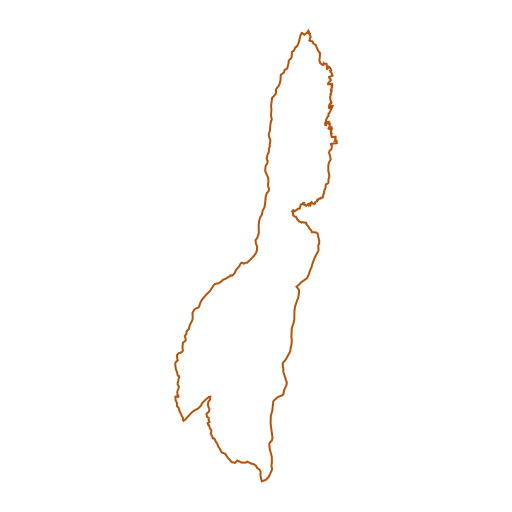 Los Patios, Norte de Santander, Colombia
{"feature_id": "7082276B52790830611795", "entity_name": "Los Patios", "entity_type": "district", "adm_level": 2, "iso_a3": "COL", "parent_name": "Colombia", "parent_adm1": "Norte de Santander", "projection": "equal_earth", "projection_center": [-72.512, 7.753], "detail": "fine", "context": "isolated", "style": "outline", "palette": "amber", "viewbox_px": 512, "rotation_deg": 0, "n_neighbors": 0, "source": "geoboundaries", "source_scale": "gbopen_adm2", "svg_char_len": 6016}
<svg xmlns="http://www.w3.org/2000/svg" viewBox="0 0 512 512"><path d="M261.8,481.3L265.6,480.0L268.6,477.1L271.9,470.0L272.0,468.0L271.5,466.5L271.5,464.8L271.9,462.7L271.8,456.9L269.6,448.3L269.3,444.0L269.7,443.0L271.9,440.4L272.5,437.8L270.6,423.6L270.8,415.9L272.3,410.7L273.2,402.1L273.7,400.7L277.5,397.3L283.0,394.9L283.5,393.6L284.2,389.9L286.6,384.7L286.8,382.6L283.3,371.7L283.3,368.2L282.6,363.9L283.2,362.4L285.0,360.6L286.4,358.4L290.3,351.2L290.6,348.2L291.5,344.5L291.8,340.5L291.4,337.3L291.7,329.0L294.3,320.1L294.4,311.3L295.0,306.7L297.1,300.4L298.2,298.0L299.0,292.3L298.9,289.7L296.5,286.7L298.7,284.9L301.3,282.2L307.0,278.2L308.8,274.4L310.2,270.1L311.8,266.6L312.3,264.2L313.9,259.8L315.8,255.4L318.1,251.4L318.5,250.0L318.3,245.1L319.2,243.7L319.2,240.6L318.1,236.4L318.1,234.9L317.3,233.2L316.1,232.4L311.9,232.2L311.5,230.7L309.0,228.1L308.6,226.7L306.5,224.5L306.3,223.1L305.8,222.5L304.0,222.6L302.4,222.1L301.5,222.6L300.5,221.8L298.9,221.5L298.2,220.2L297.6,220.0L296.0,216.9L294.5,216.4L293.3,215.5L293.2,214.5L292.9,214.1L292.8,211.9L292.1,211.3L293.2,210.1L293.7,210.4L294.1,211.3L294.7,211.3L298.1,208.7L299.7,208.7L300.7,204.5L302.5,204.3L302.7,203.5L303.4,202.8L304.3,203.0L304.1,204.6L305.5,205.1L306.2,205.8L306.8,205.2L307.8,204.9L308.4,203.8L308.8,204.0L309.1,205.2L310.0,203.7L310.5,204.8L311.5,202.2L313.4,203.9L314.3,204.0L315.0,203.4L315.4,202.0L317.2,201.2L317.3,199.7L318.2,199.8L318.7,198.9L319.8,198.8L320.4,197.9L321.0,198.3L321.7,197.7L322.8,197.4L323.0,195.8L323.5,194.7L323.5,193.7L324.2,192.8L324.0,191.7L324.4,191.1L324.4,190.2L325.6,187.8L325.7,184.7L326.0,184.3L328.0,183.4L328.4,182.6L328.5,179.4L329.3,176.3L329.0,173.7L328.3,171.2L328.4,164.8L328.8,162.9L330.7,159.5L330.0,155.6L329.0,152.8L329.6,150.7L331.3,149.4L331.8,147.3L331.6,144.8L331.0,144.7L330.9,143.9L336.8,143.2L336.6,140.8L334.9,141.0L335.3,140.4L335.2,138.8L335.6,138.7L335.5,136.7L332.1,137.2L332.0,136.6L331.5,136.4L331.2,134.8L331.7,133.4L331.3,132.4L330.9,132.7L330.7,131.3L331.1,130.2L331.6,129.9L331.5,129.4L331.9,129.1L331.6,127.5L330.3,128.8L329.3,129.1L328.5,128.4L329.9,126.0L329.6,125.6L329.9,124.4L329.2,124.3L329.0,123.9L328.9,123.5L329.5,123.6L329.5,122.9L328.8,122.9L328.8,121.8L327.4,122.0L326.1,125.2L325.2,124.9L325.0,124.0L326.0,121.0L326.2,119.5L327.9,116.3L328.6,115.9L328.5,113.6L329.5,112.8L332.7,105.9L331.3,105.6L329.5,108.2L328.9,107.9L329.3,106.5L328.9,106.1L330.0,103.6L331.2,103.2L331.5,102.4L330.9,102.0L330.9,101.3L330.3,99.6L330.4,98.1L330.0,97.1L331.0,94.2L330.5,93.9L331.2,92.7L331.3,91.2L331.5,91.2L331.6,90.9L331.0,90.8L331.0,89.5L331.4,89.3L331.6,87.8L332.0,87.6L332.2,85.7L331.7,85.7L332.1,84.4L331.7,84.4L331.7,83.8L329.1,84.3L328.8,84.0L328.1,84.2L328.0,83.7L328.3,83.0L331.0,80.1L330.5,79.1L329.3,78.0L329.0,77.0L332.5,75.7L332.5,75.1L331.9,74.4L331.8,73.3L330.5,71.9L330.9,71.0L330.3,70.6L331.1,70.0L330.1,67.8L328.6,66.7L327.8,68.3L326.7,69.6L327.4,67.0L327.1,66.9L326.5,63.8L324.2,63.7L323.7,63.2L323.5,64.9L322.3,64.7L320.4,63.3L319.4,60.7L319.9,56.1L319.8,54.7L320.0,54.1L320.1,53.1L319.6,52.9L318.6,51.4L316.4,47.0L316.2,45.5L313.5,43.5L312.9,42.8L312.8,41.7L312.3,41.3L309.9,40.9L309.3,40.4L309.9,39.3L309.8,38.2L310.7,37.1L309.7,34.3L309.9,33.6L308.8,33.2L309.0,32.2L308.4,30.7L307.1,32.6L304.3,34.8L302.8,33.4L301.7,32.9L300.5,35.3L298.8,42.3L297.5,45.3L296.6,46.8L295.4,47.2L293.9,50.7L291.9,52.0L291.7,56.9L291.0,58.3L288.7,60.7L288.6,63.0L287.3,68.1L286.5,69.0L284.7,69.8L283.9,72.6L280.8,74.8L280.5,80.3L279.3,84.8L278.5,86.2L276.3,88.7L276.0,90.2L276.1,92.3L275.6,94.1L272.1,97.9L271.1,105.6L271.4,110.1L271.0,115.3L271.8,119.8L271.0,121.1L270.2,126.0L270.0,130.3L268.9,133.7L268.8,135.2L269.2,137.2L270.3,139.6L270.3,141.7L269.6,144.4L269.9,145.9L269.0,148.7L268.9,151.4L268.6,152.7L267.6,154.5L266.7,158.2L266.9,159.8L267.7,160.9L267.6,162.1L267.0,164.0L266.2,164.9L265.5,166.4L265.2,171.1L268.3,178.2L268.4,181.5L268.0,185.1L268.3,186.8L269.1,188.7L269.1,189.7L268.4,191.3L267.0,193.0L266.2,194.9L265.7,196.7L265.3,201.6L264.5,207.3L262.6,210.7L262.0,214.5L260.3,217.1L259.1,221.1L258.7,225.0L258.8,232.5L258.6,234.1L257.2,238.0L255.5,240.2L256.0,243.8L257.2,246.6L256.9,250.3L256.1,252.8L253.9,256.0L247.2,262.7L246.2,262.6L243.7,263.7L242.7,262.8L241.3,262.8L240.2,264.3L239.5,266.0L236.1,269.8L234.6,273.2L233.0,274.9L232.3,275.3L232.2,274.9L232.1,275.5L230.8,275.4L230.9,275.7L224.9,279.1L223.1,279.7L221.1,281.6L219.1,283.0L214.9,284.1L214.0,284.8L209.6,291.5L206.4,294.4L201.9,299.9L200.7,301.9L198.9,306.9L198.1,307.7L195.2,308.8L194.4,309.5L192.5,312.8L192.7,317.9L192.3,320.3L189.8,325.1L188.9,328.8L186.7,331.2L186.3,334.2L184.7,336.0L185.6,338.4L185.7,339.8L185.3,341.0L183.4,342.2L182.9,342.9L182.5,347.6L182.8,349.8L182.7,351.1L181.7,352.2L178.6,353.3L177.0,355.1L176.8,355.7L177.3,357.5L177.2,358.7L177.8,360.3L175.9,362.0L175.3,363.3L175.2,364.5L175.9,369.2L177.2,372.8L177.6,374.9L178.0,375.7L179.0,376.1L179.2,377.1L178.4,379.7L178.4,381.0L177.8,382.2L177.7,383.7L177.7,384.5L179.0,387.0L177.3,391.6L177.4,394.4L178.6,396.3L178.1,397.0L176.5,396.4L175.4,396.6L175.6,399.8L175.7,400.7L177.1,403.0L176.9,406.0L178.7,407.9L179.8,412.0L181.1,413.9L181.7,416.1L182.8,417.4L182.9,419.6L183.4,420.8L185.1,419.7L191.0,413.2L193.5,411.0L197.9,408.6L199.8,406.9L201.4,404.9L201.9,403.5L205.6,399.7L208.7,397.1L210.3,396.7L210.2,399.0L209.7,400.2L208.4,401.5L207.9,404.4L208.3,406.8L209.3,408.3L209.4,409.6L208.6,412.2L206.8,413.3L206.5,413.8L207.0,416.7L208.8,418.1L208.6,420.1L209.5,421.9L209.3,422.3L207.7,422.9L207.6,423.6L208.4,425.0L209.1,425.4L209.8,428.2L211.2,430.1L211.3,431.7L210.8,434.0L212.3,436.5L212.6,438.1L213.0,438.5L214.1,438.4L214.5,438.8L215.6,441.2L217.2,443.7L218.7,447.4L219.6,448.4L221.6,452.3L225.4,453.9L228.0,458.1L229.5,459.3L230.8,461.3L232.1,462.3L233.7,462.5L234.8,463.0L237.3,460.5L241.3,462.5L242.6,462.6L245.3,462.7L247.4,461.6L251.0,463.6L253.3,464.0L256.1,465.8L257.0,467.8L259.6,469.7L260.4,471.1L260.6,472.6L260.4,475.5L261.8,481.3Z" fill="none" stroke="#b45309" stroke-width="2"/></svg>